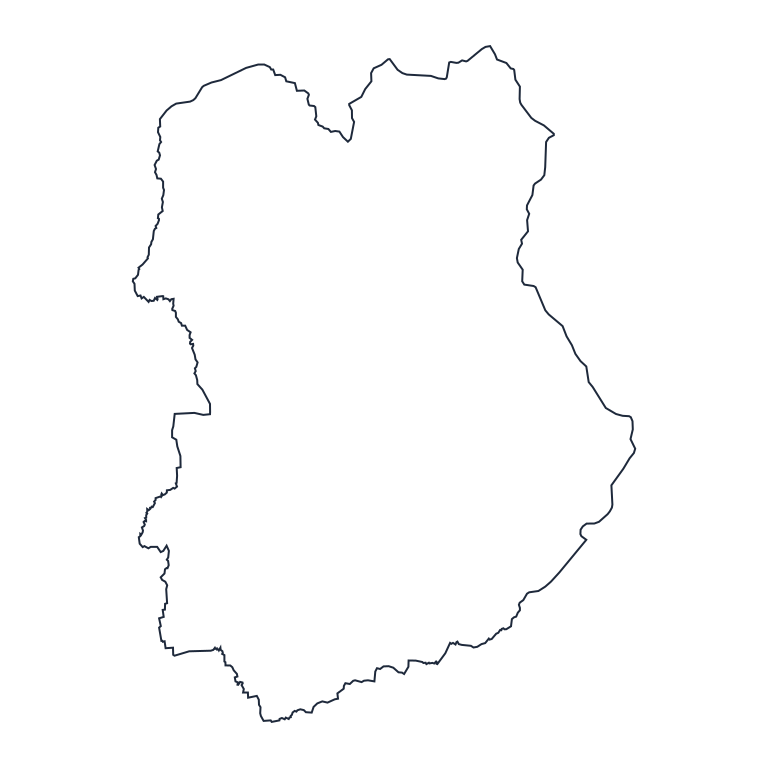 Na Yong, Trang, Thailand
{"feature_id": "78962969B91154230125686", "entity_name": "Na Yong", "entity_type": "district", "adm_level": 2, "iso_a3": "THA", "parent_name": "Thailand", "parent_adm1": "Trang", "projection": "equal_earth", "projection_center": [99.716, 7.559], "detail": "fine", "context": "isolated", "style": "outline", "palette": "slate", "viewbox_px": 768, "rotation_deg": 0, "n_neighbors": 0, "source": "geoboundaries", "source_scale": "gbopen_adm2", "svg_char_len": 6071}
<svg xmlns="http://www.w3.org/2000/svg" viewBox="0 0 768 768"><path d="M139.7,543.7L142.7,547.1L144.4,546.1L148.4,548.3L150.7,546.9L157.2,546.9L160.7,552.1L163.3,550.9L166.6,545.7L168.9,550.9L168.2,557.5L166.8,559.7L168.1,560.9L168.7,565.2L167.5,568.2L166.6,568.0L165.0,569.3L164.5,573.5L160.7,577.3L162.1,579.9L165.3,581.7L167.2,585.3L166.2,589.2L167.1,603.2L165.1,603.8L164.9,609.6L162.7,609.9L163.7,616.9L159.1,618.3L160.8,626.1L159.1,627.6L161.4,640.9L162.4,640.8L162.9,641.8L164.6,641.3L165.6,648.2L173.0,647.7L173.2,654.8L174.5,655.7L189.2,651.3L210.8,650.7L213.3,649.9L214.9,647.8L215.4,648.8L216.9,648.4L217.1,649.6L218.4,649.4L218.9,650.4L220.4,647.7L220.6,649.8L222.4,651.2L222.8,652.9L222.2,653.9L224.4,655.1L224.4,661.5L225.4,662.2L225.5,665.4L230.3,665.5L232.3,667.2L233.7,670.3L236.9,673.9L237.4,676.5L234.8,677.4L235.5,681.4L237.9,682.4L237.5,684.7L238.2,684.8L240.1,681.9L242.5,682.5L242.7,683.3L241.6,685.1L243.8,689.0L243.1,692.5L247.9,692.5L248.1,697.7L256.8,695.9L258.8,699.7L259.0,704.8L260.5,707.2L260.2,713.3L260.9,716.0L263.6,720.9L270.7,720.4L271.7,721.9L279.4,720.4L279.6,718.9L281.9,718.0L284.7,719.3L285.8,717.6L288.7,719.0L289.5,717.5L290.8,717.2L290.7,715.9L291.9,714.8L292.6,712.5L294.7,710.9L296.4,711.6L297.4,710.3L300.3,709.3L303.8,710.1L305.9,712.2L311.7,712.6L313.6,706.9L317.3,703.4L322.3,701.4L327.5,702.6L334.8,699.3L338.0,698.7L337.4,693.4L343.7,688.7L343.9,685.9L345.4,683.2L349.8,684.0L353.2,680.8L355.1,680.3L361.6,682.1L364.0,680.7L368.0,680.3L374.4,681.4L375.3,671.5L377.0,668.2L380.1,669.0L383.5,666.4L388.7,666.2L393.3,667.7L398.5,672.3L402.0,672.6L404.1,674.0L408.4,666.8L408.6,660.5L415.7,660.6L422.3,662.0L423.4,663.0L425.6,662.7L426.4,664.1L428.9,662.7L429.4,663.4L432.5,662.9L434.2,663.5L436.1,661.5L437.0,662.4L436.6,663.8L437.3,664.1L445.3,653.3L450.1,642.9L451.3,643.8L453.0,642.9L455.5,644.5L456.5,642.1L457.4,641.6L458.8,644.1L461.8,644.9L470.9,645.8L473.5,647.5L477.3,646.8L481.5,644.1L485.2,643.1L488.8,638.6L489.6,639.6L491.7,639.0L496.2,633.7L498.3,632.8L500.1,630.0L501.3,630.2L501.7,628.9L503.4,628.3L504.5,629.3L506.3,629.2L511.0,626.3L511.9,619.1L514.0,617.3L516.2,616.6L517.8,612.7L519.9,610.3L519.9,607.9L518.9,604.8L519.7,602.7L523.3,600.1L527.0,593.7L529.2,592.3L538.4,591.0L545.3,586.6L551.0,581.6L559.4,572.4L586.3,539.8L581.4,536.2L580.4,534.1L580.6,529.7L582.8,526.4L586.6,523.6L594.4,523.5L599.0,521.8L607.6,514.2L609.8,511.4L611.9,507.6L612.4,504.6L611.4,485.3L623.3,468.8L629.6,458.3L633.9,453.0L635.2,448.7L630.5,439.1L632.8,429.4L632.5,421.2L630.8,417.2L629.1,416.2L622.6,415.8L616.0,414.0L605.8,408.0L592.7,387.0L588.7,382.1L586.3,366.5L580.5,361.1L575.4,353.9L571.9,345.2L566.6,336.4L562.6,326.1L548.7,314.4L545.3,310.3L535.6,287.2L533.6,286.0L524.3,284.6L522.2,281.3L522.7,269.7L517.7,262.5L516.9,258.1L518.8,249.0L522.0,243.7L521.2,239.8L528.0,231.3L527.1,220.1L529.2,213.8L526.8,209.3L527.0,205.4L532.4,195.0L533.6,185.5L535.0,183.6L541.0,179.6L544.3,175.2L545.2,167.2L546.1,142.0L548.9,137.8L553.8,135.2L553.8,133.8L543.9,125.4L535.1,120.8L531.3,117.9L521.4,104.8L520.2,102.6L519.6,99.1L519.9,86.6L515.4,79.7L514.2,70.0L513.4,69.0L510.7,68.4L506.4,63.0L497.0,59.5L495.0,54.3L490.1,46.1L485.5,46.9L481.8,49.1L467.5,60.9L466.1,61.4L462.1,60.4L458.4,62.7L456.4,62.9L450.8,61.9L449.2,62.5L446.8,77.2L446.1,78.6L444.7,79.1L438.3,78.4L430.9,75.9L406.8,74.6L402.4,73.1L397.6,69.8L389.7,59.1L388.0,59.3L381.5,64.8L373.7,68.3L371.1,73.1L371.4,81.3L365.2,89.1L361.3,96.9L349.2,103.9L349.2,105.1L351.9,110.3L352.0,118.1L354.1,121.9L350.8,138.9L347.9,141.7L343.0,137.1L339.4,131.6L335.2,131.0L330.9,131.9L328.4,129.0L324.2,128.3L322.7,126.6L318.4,125.0L317.9,122.8L315.0,119.6L316.3,116.3L315.3,107.1L314.0,106.0L309.6,105.5L308.8,104.6L307.4,98.8L308.9,94.8L308.3,93.4L304.3,90.5L296.9,90.8L294.9,83.1L286.3,81.3L285.1,77.3L280.4,74.8L275.2,75.1L273.2,69.5L271.2,69.5L269.8,67.1L264.2,64.5L258.3,64.5L246.1,67.9L221.0,80.1L211.5,82.5L203.8,85.8L202.2,87.1L195.4,98.2L193.3,100.1L190.1,101.6L176.2,103.6L171.5,106.3L166.6,110.5L159.9,119.1L160.2,126.5L158.3,127.7L158.0,132.2L160.3,137.0L160.0,140.3L161.1,142.0L159.4,144.1L157.7,151.4L159.2,152.6L160.0,155.3L158.7,159.6L156.8,160.7L154.6,165.0L156.0,169.0L155.0,172.2L156.5,174.9L157.3,178.4L160.9,178.7L163.1,181.6L163.1,187.7L164.0,190.0L163.3,195.2L161.8,198.7L162.9,202.0L161.9,207.3L162.7,211.0L158.3,214.5L157.9,218.2L158.9,218.7L159.0,220.1L157.6,223.8L155.6,226.0L156.3,228.0L154.9,228.8L153.8,231.0L152.9,239.3L151.4,241.9L151.1,244.3L149.0,247.5L148.8,254.7L147.5,257.3L147.9,258.4L142.6,264.5L138.5,267.7L139.3,269.1L138.6,269.9L138.0,274.8L135.3,278.3L133.3,278.8L132.8,281.3L134.5,283.8L134.8,290.6L137.7,296.1L140.5,295.5L141.6,298.4L143.8,296.9L148.6,301.9L149.6,299.9L151.4,301.0L153.7,300.8L155.0,298.0L157.3,299.9L157.6,299.2L157.0,296.8L162.5,296.1L163.2,296.2L163.4,299.2L165.8,298.4L168.5,299.3L169.9,301.1L171.3,299.2L173.6,298.8L173.2,303.7L173.6,305.7L172.2,308.9L172.4,310.1L175.2,311.0L175.9,312.8L175.9,316.9L177.9,319.4L178.7,321.7L181.1,323.1L181.9,325.7L185.2,325.7L187.1,329.9L190.6,332.3L189.6,335.0L189.6,337.9L192.1,339.9L190.2,341.8L190.0,343.6L190.7,344.3L193.1,343.9L193.3,345.6L192.0,348.0L194.7,354.7L195.5,359.4L197.6,362.4L196.3,366.9L194.9,368.3L195.7,371.1L194.4,373.4L195.9,375.2L197.2,380.0L197.4,384.1L202.4,389.7L210.0,403.9L210.1,412.1L210.0,414.2L203.3,414.9L194.4,412.9L174.7,413.9L173.3,426.4L172.1,430.2L172.1,437.3L176.3,439.7L177.3,446.4L180.4,456.0L180.6,467.2L176.7,468.0L177.1,475.8L176.6,482.9L175.8,483.3L177.0,486.6L174.6,488.6L173.2,487.9L170.2,489.9L166.9,490.3L166.8,492.6L164.8,494.4L162.9,495.1L161.7,493.5L161.3,494.6L161.7,496.1L161.1,497.0L160.6,496.4L155.6,498.1L155.6,500.0L154.1,501.6L154.9,503.1L152.8,507.0L151.7,506.7L151.4,507.6L150.1,507.8L150.2,508.9L148.8,510.1L147.2,509.0L147.3,511.5L146.4,512.8L147.2,513.6L146.2,515.1L146.2,517.6L145.0,518.1L146.1,519.9L146.1,521.3L144.6,521.0L143.6,522.0L144.8,524.6L144.2,526.0L141.9,527.4L143.0,530.6L142.6,532.4L141.3,534.7L140.3,533.9L140.3,536.2L138.8,537.2L139.7,543.7Z" fill="none" stroke="#1e293b" stroke-width="2"/></svg>